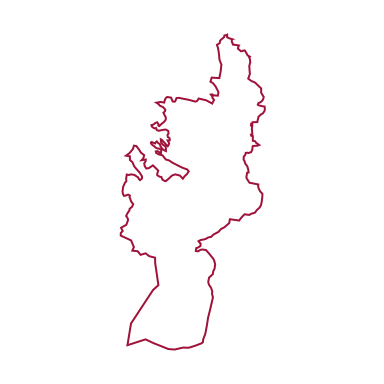 Nurabad, Samarkand, Uzbekistan (Natural Earth projection), rotated 278°
{"feature_id": "79887680B60529301489463", "entity_name": "Nurabad", "entity_type": "district", "adm_level": 2, "iso_a3": "UZB", "parent_name": "Uzbekistan", "parent_adm1": "Samarkand", "projection": "natural_earth1", "projection_center": [66.194, 39.565], "detail": "fine", "context": "isolated", "style": "outline", "palette": "rose", "viewbox_px": 384, "rotation_deg": 278, "n_neighbors": 0, "source": "geoboundaries", "source_scale": "gbopen_adm2", "svg_char_len": 4738}
<svg xmlns="http://www.w3.org/2000/svg" viewBox="0 0 384 384"><g transform="rotate(278 192 192)"><path d="M172.6,243.9L175.1,245.5L177.2,247.1L177.3,252.0L178.5,253.4L180.4,257.3L183.0,258.6L186.0,261.1L188.8,262.2L192.9,262.4L197.1,262.3L200.0,262.0L202.1,259.4L205.0,257.4L206.9,256.7L208.7,256.6L209.0,251.0L209.2,247.6L213.0,244.3L214.1,243.8L218.7,243.9L219.2,245.3L221.7,244.7L225.2,243.2L227.4,240.9L230.1,239.6L231.2,238.6L234.3,238.3L235.4,239.2L237.3,239.8L238.2,239.8L238.6,241.2L238.5,242.7L239.4,244.3L239.7,245.0L241.0,245.4L242.2,245.8L245.6,245.7L246.1,246.0L246.6,248.7L246.9,250.2L247.9,252.0L249.6,248.7L251.0,247.5L251.2,245.1L255.7,244.5L255.9,242.9L257.0,242.4L257.3,243.7L259.1,243.4L262.4,242.6L263.9,242.4L266.0,242.5L266.0,241.2L267.8,241.1L267.8,242.2L269.5,242.2L270.3,246.9L275.8,247.4L278.4,249.5L279.8,251.3L282.5,252.6L284.4,252.6L286.7,252.0L286.7,250.4L287.0,246.4L287.6,245.0L289.1,245.3L290.4,247.2L291.4,248.3L293.5,249.5L296.1,249.8L298.8,247.6L300.1,246.6L304.2,246.1L306.6,242.7L309.1,239.3L310.3,235.1L312.1,231.9L317.0,232.9L321.3,231.9L324.7,231.2L328.6,231.6L331.8,230.8L333.4,229.8L334.1,230.4L335.0,228.1L337.4,226.3L339.5,224.6L339.2,223.0L338.5,222.3L338.2,220.9L340.0,218.1L340.4,217.5L342.7,217.7L343.6,218.1L343.7,214.4L343.7,212.0L345.0,211.5L346.0,210.6L347.8,210.3L348.7,210.2L348.9,210.6L349.5,206.9L350.2,205.2L352.7,204.9L352.0,203.7L351.5,202.3L349.8,202.2L346.8,199.5L345.8,198.8L343.3,198.7L341.2,196.2L338.5,197.6L334.2,199.0L330.5,200.0L327.1,200.7L323.3,202.7L322.2,203.4L315.0,203.6L308.6,203.2L308.0,195.6L303.8,194.9L302.8,197.5L299.9,200.6L295.8,203.5L294.4,204.3L291.0,204.2L290.7,199.8L291.5,198.6L291.1,197.1L289.1,199.1L288.1,199.1L286.3,201.0L282.4,199.7L284.8,193.3L285.5,185.6L283.0,184.5L282.0,182.9L282.8,176.2L283.4,165.7L282.9,163.6L280.1,162.9L279.0,162.3L279.0,160.2L282.5,158.2L282.7,154.4L281.7,153.2L279.9,152.4L276.7,152.0L276.8,148.5L275.5,144.3L274.4,146.6L273.0,148.2L272.0,151.5L269.9,154.1L268.2,154.0L266.5,152.7L264.5,154.0L262.4,155.6L260.4,155.9L259.7,155.8L257.4,154.5L255.7,152.8L252.7,150.4L253.1,149.4L254.4,149.4L256.2,147.8L255.2,146.1L253.5,144.5L252.5,142.5L251.2,143.1L250.5,144.4L250.1,145.0L249.8,146.4L250.4,147.4L248.4,148.6L248.0,150.6L248.3,151.3L249.6,155.0L250.2,157.3L249.2,159.9L247.5,160.5L246.5,160.5L245.1,159.8L243.1,160.4L242.4,162.1L241.0,162.7L240.0,162.7L239.7,160.7L237.0,162.6L235.3,162.3L234.0,161.6L237.8,156.7L239.1,155.4L239.8,153.8L237.1,154.4L235.1,156.0L233.3,159.6L230.9,160.2L228.9,160.5L229.6,158.2L231.0,156.2L233.3,154.2L234.8,153.6L235.8,151.7L236.7,150.6L237.2,150.1L236.7,149.6L234.9,148.7L235.9,145.1L235.3,144.4L234.3,144.7L233.2,146.0L231.8,148.6L230.8,149.9L230.3,151.9L230.4,153.6L229.3,155.8L226.0,155.8L227.7,152.2L227.1,150.5L225.7,151.1L225.3,152.1L224.6,153.8L224.2,157.7L220.5,161.6L220.1,164.9L218.3,168.5L214.8,178.7L213.7,184.0L212.0,185.9L209.0,184.5L206.6,182.5L203.9,181.1L206.6,177.7L207.1,172.9L205.5,169.9L202.1,167.2L199.1,164.5L199.2,163.2L200.2,160.9L202.6,159.6L202.6,158.0L203.7,155.3L205.0,155.0L208.4,155.6L210.1,153.5L212.9,149.6L209.6,145.9L208.9,143.5L211.0,141.6L213.7,140.7L215.7,141.7L217.7,141.7L216.5,137.7L218.5,139.1L221.8,139.5L223.9,135.9L226.7,133.6L229.8,130.4L229.8,128.1L226.1,127.4L221.7,124.6L218.8,121.6L218.7,125.5L215.0,126.1L213.3,128.8L209.4,131.2L207.1,133.7L205.4,135.7L203.9,137.5L200.4,140.4L198.5,140.6L196.5,138.9L197.4,137.6L199.0,136.6L199.7,135.0L200.9,132.6L201.0,129.4L200.0,126.8L200.2,125.0L196.1,124.9L193.5,125.5L192.0,124.4L189.4,123.6L187.5,123.1L184.9,123.1L183.0,123.1L180.6,123.8L178.7,125.2L179.3,127.0L179.9,127.8L180.5,129.2L179.8,131.0L178.2,130.8L176.7,131.8L174.3,132.9L171.8,135.5L168.9,134.6L166.7,132.6L165.0,132.6L163.4,131.7L161.4,130.9L159.1,130.1L157.3,131.8L155.4,132.6L152.5,132.0L150.3,131.5L148.7,129.3L146.7,126.7L143.7,128.8L141.5,127.2L138.9,127.5L135.6,138.4L129.4,142.1L125.6,141.1L125.8,146.4L122.6,149.8L124.8,154.6L122.5,158.6L121.8,164.6L116.6,165.4L95.1,171.7L89.6,167.1L53.3,149.9L31.3,149.4L39.6,166.5L37.0,174.9L33.2,190.5L33.6,196.8L36.7,204.8L37.3,210.4L39.3,214.7L40.3,216.7L43.4,222.4L44.8,223.7L47.8,223.6L53.3,224.9L61.5,225.3L69.6,225.4L79.0,226.4L86.1,227.0L90.6,227.4L93.9,226.0L96.4,225.9L99.8,224.2L102.7,221.6L105.2,220.6L109.6,220.8L113.5,224.0L116.7,224.1L119.0,225.0L123.4,225.0L126.4,223.9L128.7,222.5L133.4,217.5L136.5,213.9L136.5,210.1L135.8,208.3L134.1,206.2L134.1,204.0L137.0,204.0L137.5,205.2L139.7,207.9L142.1,207.7L143.0,206.5L144.2,205.3L144.9,206.2L145.8,207.6L146.6,210.2L147.5,212.2L149.2,214.3L150.3,217.3L152.9,219.2L156.2,223.8L159.4,225.9L161.5,228.9L164.8,231.8L166.5,233.2L170.3,233.3L170.3,242.7L172.6,243.9Z" fill="none" stroke="#9f1239" stroke-width="2"/></g></svg>